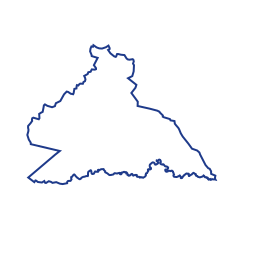 Young, Río Negro, Uruguay (Albers equal-area conic projection), rotated 194°
{"feature_id": "84410073B75635115155614", "entity_name": "Young", "entity_type": "district", "adm_level": 2, "iso_a3": "URY", "parent_name": "Uruguay", "parent_adm1": "Río Negro", "projection": "albers", "projection_center": [-57.732, -32.654], "detail": "fine", "context": "isolated", "style": "outline", "palette": "blue", "viewbox_px": 256, "rotation_deg": 194, "n_neighbors": 0, "source": "geoboundaries", "source_scale": "gbopen_adm2", "svg_char_len": 5505}
<svg xmlns="http://www.w3.org/2000/svg" viewBox="0 0 256 256"><g transform="rotate(194 128 128)"><path d="M124.7,81.6L124.5,81.3L123.9,81.3L123.7,81.4L123.7,81.6L123.3,81.8L123.2,82.3L123.2,82.6L123.3,82.9L123.3,83.2L123.1,83.4L122.3,83.6L121.8,84.2L121.2,84.5L120.6,84.3L120.2,84.5L119.1,84.7L118.4,84.4L117.9,84.0L118.3,83.4L117.5,83.3L117.3,83.0L117.1,82.5L116.9,82.6L116.6,82.6L116.1,82.0L115.9,82.0L115.6,82.2L115.4,82.0L114.7,82.4L114.1,83.0L114.1,83.3L114.1,83.5L113.4,84.2L113.1,84.4L112.7,84.3L112.3,83.9L111.9,83.5L111.5,83.1L111.3,83.1L110.6,83.7L109.4,84.3L108.6,84.5L108.2,84.5L108.0,84.4L107.7,83.5L107.9,83.4L107.5,83.0L107.2,82.9L106.5,83.1L105.4,83.3L105.0,83.0L104.9,83.1L104.4,82.8L104.2,82.9L104.0,83.1L103.9,83.4L103.6,83.5L103.3,83.5L102.8,83.3L102.1,83.6L101.6,83.4L101.3,83.4L99.9,84.8L99.4,85.6L99.2,86.7L99.3,86.9L99.5,86.9L99.6,87.1L99.5,88.3L99.1,88.6L98.6,88.9L98.3,90.4L98.0,91.1L98.5,92.0L98.6,92.4L98.5,92.7L97.8,93.1L97.0,93.0L96.4,93.2L95.8,93.9L96.0,94.6L96.1,94.8L96.4,95.0L96.9,95.0L97.2,95.2L97.8,96.5L97.9,97.4L97.8,97.9L96.3,100.1L95.5,100.7L94.3,100.6L93.7,100.2L93.5,99.7L93.1,99.5L92.8,99.1L92.6,99.1L92.1,99.2L91.7,99.7L91.3,99.9L90.4,100.9L90.4,102.0L90.9,102.2L91.2,102.5L92.2,102.9L92.3,103.2L92.3,103.4L91.8,103.3L91.4,103.4L91.3,103.6L90.8,104.0L90.6,104.5L90.0,104.9L89.1,104.8L88.5,104.2L88.2,103.7L88.1,103.2L87.9,102.9L88.0,102.7L88.3,102.6L88.2,101.5L87.7,101.1L86.9,100.8L86.3,100.9L85.8,100.8L85.3,101.3L85.0,101.3L84.8,101.1L84.4,101.1L84.2,100.9L83.1,100.1L82.7,99.9L82.0,99.8L81.5,100.0L80.9,100.0L80.6,99.9L80.3,99.6L80.0,99.5L79.8,99.1L79.5,99.2L79.4,98.8L79.4,98.5L79.7,97.8L79.8,97.4L80.1,97.2L80.6,97.0L81.1,96.9L81.3,96.9L81.7,96.6L81.6,95.9L81.3,95.5L81.0,95.1L80.5,94.9L79.9,94.9L79.0,95.4L79.0,95.7L78.2,96.3L77.5,96.5L76.7,96.4L76.1,96.5L75.9,96.6L75.7,97.0L75.1,97.2L74.9,97.2L74.1,96.8L73.8,96.6L73.7,96.1L72.9,95.3L72.7,94.9L72.7,94.5L72.1,94.0L72.3,93.1L72.4,92.9L72.2,92.5L72.1,92.3L71.6,91.9L70.8,91.9L69.0,92.2L68.7,92.3L68.1,92.9L67.6,93.1L66.3,94.5L66.1,94.4L65.8,93.9L65.1,93.6L65.0,93.2L64.9,92.6L64.8,92.4L64.5,92.2L64.0,92.3L63.4,92.7L63.4,93.2L63.1,93.5L63.0,94.2L62.6,94.8L62.4,95.4L62.2,95.5L62.0,95.9L61.8,95.9L61.4,96.7L60.5,97.8L60.2,98.0L59.7,97.9L59.0,98.2L58.2,98.3L57.9,98.1L57.9,97.6L57.9,97.2L57.6,97.0L57.3,96.2L57.0,96.2L56.8,96.3L56.7,96.7L56.2,97.2L54.9,98.4L54.4,99.4L53.7,100.3L53.2,100.3L52.3,99.7L51.8,99.8L51.2,99.7L50.9,99.2L51.0,98.9L50.9,98.7L50.6,98.7L50.4,98.2L49.9,98.1L49.6,98.2L49.1,98.2L48.6,97.6L47.9,97.5L46.3,97.5L43.7,99.1L43.2,100.2L42.9,100.1L42.9,99.6L42.0,99.5L41.8,99.4L41.4,98.9L40.8,99.0L40.4,98.9L40.3,99.1L40.1,99.2L39.7,99.0L39.7,98.7L39.3,98.6L39.2,98.7L39.2,98.9L39.0,99.1L38.6,99.0L38.5,98.4L38.0,97.8L37.4,97.5L37.1,98.0L36.8,98.1L36.0,97.7L35.9,97.7L35.8,98.1L35.7,98.2L35.6,97.9L35.2,97.7L35.0,97.8L34.9,98.1L34.6,98.1L34.1,98.6L33.6,98.8L33.3,98.7L32.7,98.8L31.3,99.1L30.6,99.1L31.5,100.2L31.7,102.9L36.2,103.6L36.6,104.8L36.9,106.1L38.9,108.2L40.4,108.4L43.8,110.8L51.6,119.7L52.8,121.5L55.5,122.9L60.9,123.4L65.6,127.4L72.8,132.9L75.5,135.6L78.0,139.0L79.1,140.2L82.2,142.4L83.6,143.5L84.6,146.0L88.6,145.7L89.5,146.8L95.8,147.1L97.0,147.4L97.2,148.6L101.1,150.9L101.4,151.4L103.8,151.9L111.5,152.0L124.0,151.7L124.9,155.9L133.2,162.8L130.5,168.9L130.3,171.9L140.0,176.3L136.4,179.4L136.2,184.3L137.4,190.4L138.7,191.7L138.5,194.0L139.3,195.5L140.1,195.9L143.2,194.6L144.9,194.5L146.2,195.1L149.1,197.9L152.6,197.4L155.6,197.4L156.5,197.1L156.8,194.4L157.3,194.0L158.8,194.2L163.1,196.2L166.2,198.9L165.0,200.0L165.1,201.0L166.9,203.2L169.0,201.0L172.4,198.8L175.2,198.3L178.0,198.6L181.6,200.0L181.7,198.3L183.2,198.3L183.6,196.0L183.3,193.2L181.1,190.2L180.6,189.0L174.4,188.7L176.3,180.7L173.5,178.3L173.3,177.3L174.3,176.6L177.3,176.1L177.9,173.5L180.0,172.5L180.2,170.6L183.1,167.9L181.8,166.3L181.0,164.7L181.1,163.0L182.3,161.9L182.5,160.0L185.1,159.5L185.9,158.6L186.5,157.2L187.9,157.3L188.0,156.4L187.6,153.9L189.5,153.0L189.2,148.6L189.4,147.5L191.9,147.4L194.8,148.5L196.3,148.5L198.2,145.2L200.2,137.8L204.0,134.6L204.2,131.5L206.7,129.8L211.6,130.0L214.3,130.8L215.1,129.6L214.9,127.3L214.7,123.0L216.1,121.8L217.6,120.2L216.3,116.1L216.7,114.9L222.4,115.1L223.3,114.2L223.2,112.7L222.7,111.7L223.7,109.1L225.4,105.8L225.0,104.0L224.2,102.4L223.9,100.8L224.0,96.9L221.4,92.7L218.9,90.3L218.4,88.8L188.6,89.2L192.3,84.4L212.8,55.8L205.8,52.8L205.1,54.7L204.4,54.7L202.4,53.8L198.3,54.3L196.4,56.3L195.2,54.8L194.3,54.8L192.0,57.2L189.7,57.1L188.0,56.5L184.5,58.1L180.6,57.5L177.8,57.8L173.7,59.7L173.9,60.5L173.9,61.1L173.6,61.8L173.1,62.2L171.0,62.8L170.4,64.4L170.5,64.6L171.1,65.8L171.2,66.6L170.7,66.8L170.4,67.4L169.7,69.1L169.3,69.7L168.9,69.9L168.4,69.7L166.8,68.4L166.1,68.1L165.7,67.7L162.8,66.6L162.3,66.7L161.6,67.3L161.1,68.5L159.6,69.8L158.2,70.3L157.8,70.7L156.7,71.3L155.4,71.6L155.3,72.1L155.9,74.7L155.9,75.7L155.8,76.1L154.8,77.1L154.2,77.9L153.7,77.9L153.2,77.3L152.4,75.3L152.1,75.0L151.8,74.8L151.2,74.8L150.2,75.3L150.0,75.6L149.9,76.3L149.7,77.0L149.3,77.9L148.5,77.8L147.1,78.2L146.6,78.2L146.4,78.4L146.3,78.7L146.8,79.2L147.0,79.7L146.9,80.1L146.6,80.3L145.6,80.2L145.4,80.4L144.1,81.5L141.8,82.2L141.5,82.0L141.4,81.6L140.9,81.2L139.7,80.5L139.6,79.8L139.3,79.5L137.1,79.0L134.8,77.9L134.3,77.9L132.7,78.5L132.1,78.9L131.4,79.1L130.8,79.7L130.5,80.4L130.0,80.9L129.5,81.0L128.3,81.1L127.5,81.2L127.0,81.6L126.8,81.6L126.4,81.9L125.4,82.4L124.7,82.5L124.5,82.2L124.7,81.6Z" fill="none" stroke="#1e3a8a" stroke-width="2"/></g></svg>